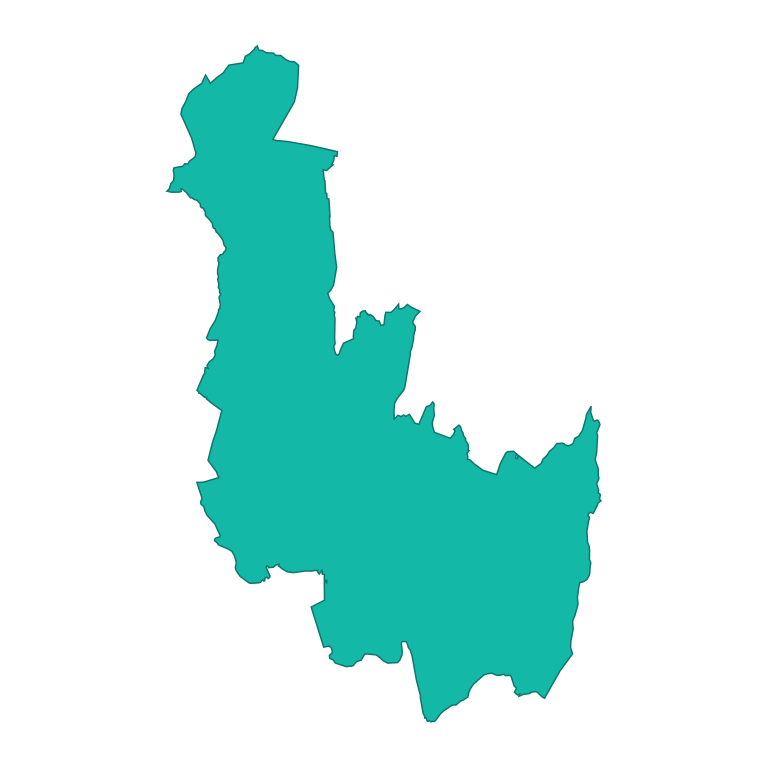 Omitlán de Juárez, Hidalgo, Mexico
{"feature_id": "50627088B94550034799576", "entity_name": "Omitlán de Juárez", "entity_type": "district", "adm_level": 2, "iso_a3": "MEX", "parent_name": "Mexico", "parent_adm1": "Hidalgo", "projection": "equal_earth", "projection_center": [-98.622, 20.184], "detail": "fine", "context": "isolated", "style": "filled", "palette": "teal", "viewbox_px": 768, "rotation_deg": 0, "n_neighbors": 0, "source": "geoboundaries", "source_scale": "gbopen_adm2", "svg_char_len": 6105}
<svg xmlns="http://www.w3.org/2000/svg" viewBox="0 0 768 768"><path d="M205.6,75.1L201.8,83.3L193.2,89.3L188.7,94.0L185.8,101.4L181.9,108.7L180.9,114.1L191.7,138.2L195.9,153.0L195.6,155.5L194.5,157.4L189.9,160.8L187.6,164.1L184.7,163.8L183.4,165.6L181.4,166.8L179.6,166.7L173.8,168.0L173.3,170.6L174.0,174.6L173.7,179.8L172.9,181.6L170.8,183.5L169.4,188.8L167.0,191.2L171.4,192.2L179.1,192.1L181.1,191.5L181.0,188.9L182.8,189.4L187.5,193.5L187.3,193.9L190.6,197.9L191.9,197.6L193.7,199.2L197.2,200.4L200.3,203.9L200.6,206.8L201.9,207.9L203.1,207.9L205.3,211.9L205.5,215.6L209.7,219.8L212.3,223.3L213.1,227.4L213.7,228.3L215.2,228.7L216.2,232.0L218.2,233.6L223.0,240.3L224.0,244.8L226.3,248.1L225.5,249.6L225.3,251.2L224.0,251.9L222.8,254.2L220.3,254.8L218.0,257.7L218.1,260.9L218.9,263.1L217.6,270.0L217.6,273.9L218.3,275.4L218.3,277.6L217.7,279.0L218.4,282.8L218.9,283.5L218.3,287.5L219.4,289.0L219.6,292.6L220.7,294.5L219.0,297.1L220.3,304.5L219.9,307.9L218.5,309.7L218.4,312.0L215.3,320.4L210.1,328.9L206.6,337.9L207.3,339.0L209.5,340.4L218.0,340.1L217.0,345.4L214.6,351.2L215.3,355.1L213.2,358.8L209.5,361.6L207.0,365.6L208.0,368.3L205.3,367.5L204.6,372.4L204.9,373.5L203.7,374.4L197.0,390.3L198.8,392.1L198.9,393.2L200.3,393.5L204.3,397.1L204.8,396.5L206.8,398.1L206.4,398.8L211.3,402.9L221.8,410.5L216.4,431.0L212.5,442.4L208.0,460.3L216.4,471.7L218.7,477.6L203.4,482.2L196.9,482.4L202.2,498.8L200.8,501.3L200.9,504.0L203.9,506.8L204.9,510.9L207.1,515.3L215.1,524.3L220.3,535.9L219.9,536.8L215.8,538.0L214.4,540.0L215.1,541.3L216.4,542.0L218.8,545.1L227.9,548.8L231.8,551.2L234.4,555.7L236.1,561.2L236.2,563.8L235.3,567.6L236.0,570.3L240.1,576.3L249.0,582.9L250.9,583.3L258.7,582.8L260.5,582.2L262.6,579.7L263.8,581.0L264.6,580.8L265.1,577.7L267.4,577.4L268.1,578.5L269.6,577.6L270.0,576.0L266.3,567.7L266.5,565.9L267.9,566.2L268.5,567.6L273.3,567.3L276.0,564.9L279.1,564.3L278.5,565.9L282.7,569.2L287.1,571.7L290.9,572.4L293.6,572.6L306.2,570.9L311.2,571.1L317.6,570.1L317.3,571.4L319.3,574.0L322.0,570.1L322.4,571.4L322.1,573.6L322.6,574.2L324.3,574.2L324.3,579.5L326.9,580.7L326.6,582.8L324.3,580.5L324.5,600.2L311.2,607.0L323.7,647.1L328.9,646.1L330.7,647.1L331.7,648.7L332.3,651.6L331.6,653.6L329.4,655.2L329.8,658.5L333.3,659.9L335.2,663.0L346.6,666.7L349.7,666.1L351.3,666.3L353.4,665.4L356.5,661.7L361.3,660.1L364.6,654.3L366.4,653.9L376.0,654.9L378.7,656.6L383.3,660.8L387.7,663.1L397.5,662.6L399.6,660.4L401.9,655.4L402.2,650.9L401.4,644.1L401.6,642.0L402.7,641.4L406.1,641.7L407.0,642.7L408.3,647.3L410.2,650.0L412.1,655.9L416.4,679.9L420.5,695.9L420.3,697.4L423.2,713.5L424.8,716.7L424.8,717.9L425.7,717.5L427.4,721.2L428.1,721.3L429.1,720.5L430.9,721.9L432.7,721.3L434.1,721.6L435.9,720.1L440.3,714.0L443.3,711.1L451.9,705.3L454.3,704.8L455.9,705.1L460.8,700.8L462.8,700.3L467.8,697.0L468.9,692.2L470.4,688.7L473.5,684.1L483.8,675.0L487.4,673.7L491.7,673.2L496.3,675.1L499.5,675.3L504.0,674.3L505.5,675.6L509.9,675.4L511.0,676.1L514.1,685.8L516.5,688.2L514.4,692.3L517.5,695.0L519.7,694.0L519.0,696.3L523.2,694.4L529.7,693.5L531.2,692.2L535.6,691.6L537.4,692.2L541.8,696.6L544.5,698.3L560.3,670.4L572.6,653.8L570.6,647.7L570.8,641.4L573.2,628.8L572.6,622.1L572.9,620.1L574.9,615.6L578.0,604.0L577.4,597.5L578.7,587.6L579.8,582.6L583.6,581.7L587.0,579.3L589.4,575.1L589.8,572.8L590.0,568.0L590.8,563.1L589.4,559.1L589.6,550.4L589.0,545.8L587.6,542.6L586.9,531.2L588.5,521.3L589.5,518.0L589.3,517.0L588.2,516.3L588.2,514.5L589.6,512.6L590.5,512.4L593.2,513.4L597.5,504.9L597.9,503.1L601.0,500.9L599.4,499.0L600.4,495.2L599.9,493.9L598.3,492.9L598.6,489.9L596.6,483.8L598.9,478.7L598.3,475.1L598.3,468.8L595.5,461.0L595.4,458.4L596.6,452.7L597.5,437.1L597.5,435.3L596.7,432.7L599.9,424.7L599.4,422.8L598.0,420.3L597.0,420.1L594.4,421.3L593.3,420.3L590.7,412.3L591.1,406.2L586.5,414.5L585.8,418.6L582.4,430.5L578.7,436.2L574.7,438.4L573.3,443.0L571.2,444.8L568.5,445.8L565.0,444.9L564.2,443.8L562.4,443.2L556.8,443.6L553.9,447.6L549.6,451.2L546.7,455.6L543.1,459.0L541.2,463.4L534.6,468.2L518.0,455.1L517.6,457.6L516.8,458.7L516.2,458.5L515.5,457.6L516.7,454.0L513.5,451.3L507.8,451.6L505.7,453.1L500.2,464.0L496.6,474.6L483.0,470.3L474.1,463.8L470.3,460.2L468.3,459.2L467.3,459.4L467.8,456.6L467.0,453.4L468.9,450.9L468.3,450.9L468.4,446.2L467.9,444.1L465.7,440.5L465.6,438.7L463.2,435.1L463.1,433.0L461.9,431.3L460.5,426.7L458.9,425.1L453.7,429.4L455.1,430.9L453.5,434.5L450.3,438.3L434.3,432.3L432.7,426.6L432.3,422.8L434.3,415.4L433.8,408.9L434.1,404.2L433.6,402.9L432.6,402.0L429.9,405.6L426.9,406.4L426.1,407.2L418.9,424.3L414.9,423.2L409.4,414.4L405.9,416.4L403.5,415.0L401.2,416.6L398.0,415.3L395.1,418.2L394.2,420.0L394.0,410.5L394.5,403.8L396.6,399.3L403.4,390.5L404.5,388.3L405.4,383.8L410.3,354.5L410.4,351.7L412.1,346.5L413.6,338.7L413.6,336.4L414.5,331.9L415.2,330.4L415.3,326.4L413.1,323.3L412.7,322.1L415.3,316.3L420.0,311.4L411.2,307.1L407.4,304.5L403.6,307.9L401.1,308.9L398.9,308.9L398.6,304.2L394.4,309.4L391.0,312.4L385.9,312.3L385.0,315.3L384.0,324.6L380.7,325.4L379.3,321.1L376.1,320.6L373.1,316.4L370.2,314.6L369.4,314.5L369.3,315.3L367.4,314.4L367.6,313.9L365.7,311.9L365.3,310.8L363.1,311.0L360.4,312.6L359.9,316.8L357.4,316.4L356.8,318.6L355.9,318.3L356.8,321.9L356.6,323.4L355.7,328.3L353.8,330.4L353.3,336.9L353.6,338.7L343.5,343.2L340.5,349.8L339.1,354.2L337.9,355.2L336.0,354.5L334.9,351.9L333.7,346.4L335.1,343.8L334.6,338.2L335.0,318.7L334.3,315.3L334.8,312.1L333.6,310.9L334.4,306.3L329.8,299.2L327.7,293.2L330.5,290.5L333.5,285.4L336.6,267.4L334.7,252.3L333.0,232.2L330.7,229.8L329.8,225.0L329.5,216.3L330.0,216.4L328.9,199.0L327.1,198.6L326.7,193.3L325.6,193.0L324.9,180.7L324.2,179.7L323.1,169.6L326.7,170.5L333.1,164.8L331.8,164.4L333.8,160.4L334.3,155.7L337.1,156.2L337.4,151.7L312.1,145.9L288.0,141.6L275.1,140.4L272.9,139.3L294.3,102.0L297.5,88.0L298.6,65.3L294.6,61.9L289.2,61.3L285.8,59.6L280.7,55.4L275.5,55.4L273.6,53.2L266.3,52.7L262.1,50.4L259.4,50.3L258.3,49.5L257.4,46.1L255.1,47.5L254.6,49.0L249.6,54.0L245.3,56.3L243.2,62.9L228.9,65.1L223.1,73.1L217.4,77.1L210.4,83.3L205.6,75.1Z" fill="#14b8a6" stroke="#0f766e" stroke-width="1.5"/></svg>